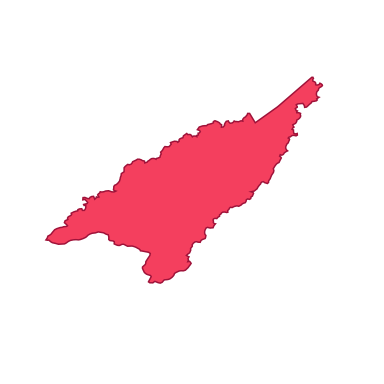 Colinas do Sul, Goiás, Brazil (Equal Earth projection), rotated 255°
{"feature_id": "56859067B84500730879893", "entity_name": "Colinas do Sul", "entity_type": "district", "adm_level": 2, "iso_a3": "BRA", "parent_name": "Brazil", "parent_adm1": "Goiás", "projection": "equal_earth", "projection_center": [-48.067, -13.991], "detail": "fine", "context": "isolated", "style": "filled", "palette": "rose", "viewbox_px": 384, "rotation_deg": 255, "n_neighbors": 0, "source": "geoboundaries", "source_scale": "gbopen_adm2", "svg_char_len": 5855}
<svg xmlns="http://www.w3.org/2000/svg" viewBox="0 0 384 384"><g transform="rotate(255 192 192)"><path d="M253.0,268.0L253.5,266.1L252.2,265.2L251.5,264.1L250.7,263.2L250.4,261.7L249.4,260.2L248.5,259.5L247.3,259.4L248.1,257.8L247.8,255.1L248.4,253.6L248.8,252.2L249.7,251.1L248.9,250.3L248.3,248.7L248.5,246.7L249.7,245.8L251.3,245.5L251.4,243.4L250.3,242.1L249.0,240.9L247.9,240.7L247.3,239.8L246.7,238.9L247.0,237.2L248.2,237.7L249.4,238.0L250.2,237.0L251.6,236.5L253.2,235.0L254.9,232.6L254.5,230.9L253.3,230.6L253.0,228.9L253.0,226.2L253.1,224.7L252.3,223.2L252.8,221.3L253.1,219.2L252.9,215.8L250.8,213.3L249.4,215.3L248.1,215.6L247.1,214.2L247.2,213.1L245.5,212.9L245.4,211.3L244.2,211.0L245.2,209.7L245.6,207.9L245.2,206.6L246.9,206.1L248.1,205.0L248.6,202.7L249.9,202.1L248.5,198.3L246.7,197.2L246.8,195.7L246.4,193.7L245.6,192.9L244.3,192.6L243.7,191.1L244.7,190.6L245.6,188.2L245.4,185.2L245.3,184.0L243.6,184.3L241.8,181.8L242.0,179.9L242.9,177.6L241.9,176.1L240.3,174.6L239.3,173.3L238.6,172.0L236.7,172.1L235.5,170.9L233.9,170.1L233.6,168.1L233.6,166.4L232.9,165.7L233.8,164.8L234.5,163.2L234.7,161.5L234.3,160.2L233.6,158.8L233.1,157.1L232.4,156.3L232.3,153.9L234.2,154.1L235.2,152.2L236.2,151.3L237.3,149.6L237.8,147.9L237.3,146.3L236.6,142.5L235.6,141.7L234.7,140.5L234.5,138.6L235.3,137.0L234.8,135.8L234.0,134.1L233.0,132.7L231.5,132.3L229.1,131.6L228.1,128.5L226.1,127.7L224.8,126.7L223.3,126.0L221.3,124.8L220.0,123.1L218.8,120.9L218.5,118.9L217.5,117.9L216.2,117.5L214.5,116.7L213.5,117.3L212.6,118.7L212.3,117.4L212.4,116.1L212.9,114.6L214.8,111.8L215.3,108.8L215.1,106.8L215.3,104.9L216.0,103.4L214.9,102.5L214.5,101.2L213.6,100.1L211.3,100.8L211.3,99.5L212.0,98.4L211.1,97.8L210.2,96.2L213.3,95.8L213.6,94.0L213.3,92.3L212.2,91.0L212.7,89.5L214.5,87.1L214.8,85.3L212.7,84.5L212.5,86.7L210.2,87.9L208.8,88.5L208.0,87.7L208.0,84.1L206.9,84.3L206.5,85.9L204.8,85.5L203.3,84.7L202.1,83.3L202.6,81.4L204.4,81.2L204.8,78.8L204.5,77.2L203.4,76.8L203.5,74.5L203.4,72.8L202.8,69.8L201.3,69.8L200.7,68.9L200.1,66.1L199.0,65.0L197.6,65.0L197.1,62.0L195.4,60.8L193.0,62.4L191.6,63.0L191.2,61.9L191.7,59.0L191.5,57.5L191.8,55.5L191.6,51.9L191.1,49.6L188.9,46.4L187.9,45.2L187.1,43.3L186.7,41.4L184.8,40.1L183.5,38.5L182.8,39.9L182.6,41.2L180.1,43.0L179.1,44.1L177.7,46.8L176.1,49.5L174.9,55.3L175.1,56.7L176.3,59.9L176.7,62.2L176.5,65.1L176.0,67.6L175.1,70.1L175.0,71.9L175.2,74.7L175.6,77.0L176.0,78.3L177.3,80.6L177.8,82.6L178.0,84.9L177.5,88.2L177.7,91.1L175.5,96.0L173.4,98.2L172.4,100.0L170.0,100.0L167.6,99.3L166.3,100.2L165.2,103.0L164.1,104.1L162.0,103.4L160.2,105.6L159.6,106.6L159.1,108.2L159.6,111.0L159.2,112.5L156.3,115.7L155.5,119.4L155.1,120.6L154.1,122.2L153.1,123.6L151.8,124.9L150.8,126.0L149.9,126.7L148.5,127.0L148.1,128.1L145.0,134.5L143.4,135.8L141.5,134.8L139.7,132.7L136.7,129.4L135.0,128.8L134.1,128.1L132.4,124.8L131.3,124.4L129.6,124.6L126.5,125.2L124.5,126.7L123.8,127.6L122.1,130.3L120.8,130.7L116.5,126.7L115.2,127.8L114.4,130.7L115.3,133.0L113.2,135.8L112.2,137.8L112.5,139.8L113.5,141.2L114.3,142.5L113.9,144.7L113.7,146.3L113.8,148.1L114.3,149.5L114.8,150.7L115.8,152.3L116.7,153.3L117.8,153.9L118.4,155.7L118.8,157.9L119.0,159.4L118.8,161.0L118.1,163.3L118.2,165.4L118.9,166.7L120.0,168.7L121.1,170.0L122.2,171.5L123.3,172.7L124.5,172.3L125.7,171.7L125.8,169.9L127.1,170.9L128.7,170.9L130.2,172.3L130.9,171.3L132.2,170.2L133.1,171.9L133.9,174.0L135.2,175.0L136.3,175.8L137.4,175.8L138.3,176.6L138.9,177.5L139.6,178.3L141.0,178.5L142.3,180.2L143.0,182.1L142.8,183.6L142.0,184.8L141.3,186.9L142.9,188.2L143.4,189.7L143.7,192.7L144.9,193.5L146.5,194.2L147.5,193.6L149.1,193.6L150.2,193.9L151.2,194.3L152.4,195.2L153.7,196.5L153.8,197.9L153.1,199.1L152.5,200.2L152.3,201.5L152.0,203.1L153.5,204.2L154.3,205.1L155.2,206.4L155.7,205.3L156.9,204.7L158.4,205.2L159.5,205.1L160.4,205.8L160.6,207.3L159.9,209.1L161.0,210.7L161.4,212.3L162.8,212.7L163.3,214.3L164.1,215.0L164.6,216.5L164.1,218.6L163.2,220.2L163.2,221.4L164.8,221.6L165.7,223.2L166.7,224.0L167.3,225.1L166.6,226.7L167.1,229.2L167.0,231.8L166.1,233.5L166.4,234.7L166.7,236.1L167.5,237.4L167.8,238.7L167.9,240.7L169.0,241.8L170.5,242.5L170.9,244.0L170.0,245.6L170.4,247.0L172.0,247.8L172.4,249.3L173.4,250.0L174.8,251.1L175.9,250.8L176.9,249.2L176.8,252.4L177.7,254.3L178.2,255.6L179.7,257.0L181.2,258.9L182.0,260.3L183.1,261.1L183.6,262.2L183.5,263.7L182.3,264.5L181.5,265.8L180.7,267.0L181.4,268.4L182.7,268.8L183.5,269.6L184.6,271.0L185.8,271.8L186.8,272.6L187.8,273.4L189.0,274.8L189.8,275.7L191.4,276.6L193.5,276.6L195.7,278.9L197.1,280.7L197.6,281.8L198.0,283.7L199.9,285.3L201.8,287.1L202.9,286.7L203.9,285.9L205.2,286.9L204.5,287.7L204.4,289.1L204.8,290.1L205.9,291.3L206.6,293.1L207.0,295.0L208.1,294.2L210.0,293.8L211.7,294.4L213.8,296.1L214.6,297.7L215.7,298.4L216.5,299.1L217.4,299.8L218.4,299.7L219.2,298.9L219.9,299.9L219.8,301.2L220.6,303.0L220.5,304.6L219.9,306.0L219.3,307.0L219.7,308.5L221.3,308.8L221.3,306.9L222.4,305.5L224.2,305.7L225.7,306.1L226.6,304.9L227.8,306.0L228.3,307.3L229.6,306.8L230.8,306.7L231.2,308.4L231.5,309.8L232.9,311.3L234.4,311.9L234.7,313.3L235.4,314.9L236.6,316.3L237.6,316.7L238.7,316.6L239.8,317.2L240.6,316.2L241.2,315.0L241.4,313.8L242.4,313.8L243.0,314.8L244.1,313.6L245.9,313.4L246.6,315.6L247.5,315.8L248.4,315.3L249.4,315.3L249.7,317.2L249.2,320.0L248.9,322.0L247.4,322.5L246.5,322.9L244.6,322.7L244.4,324.6L245.3,326.4L246.4,328.3L246.9,329.8L248.3,331.4L248.0,333.5L247.9,335.8L248.5,336.8L249.7,336.5L250.6,339.2L251.5,337.8L252.7,337.4L253.9,337.4L255.0,337.7L256.5,338.5L257.7,340.4L259.3,341.3L259.9,342.6L260.3,344.2L261.0,345.5L262.0,345.5L263.1,344.7L264.0,343.7L262.9,342.6L262.9,340.5L263.6,339.2L265.1,339.7L266.5,339.2L267.8,337.5L269.4,337.7L270.2,338.7L271.5,338.5L271.8,337.4L252.5,297.5L251.9,296.1L242.5,271.0L253.0,268.0Z" fill="#f43f5e" stroke="#9f1239" stroke-width="1.5"/></g></svg>